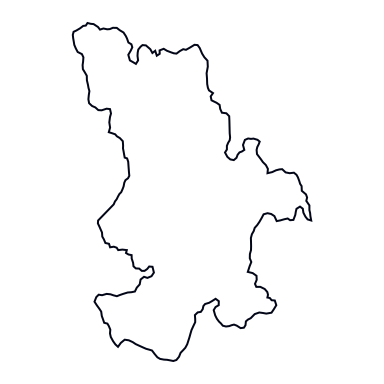 the district of Camacan, Bahia, Brazil
{"feature_id": "56859067B31300760989852", "entity_name": "Camacan", "entity_type": "district", "adm_level": 2, "iso_a3": "BRA", "parent_name": "Brazil", "parent_adm1": "Bahia", "projection": "robinson", "projection_center": [-39.517, -15.442], "detail": "fine", "context": "isolated", "style": "outline", "palette": "ink", "viewbox_px": 384, "rotation_deg": 0, "n_neighbors": 0, "source": "geoboundaries", "source_scale": "gbopen_adm2", "svg_char_len": 4276}
<svg xmlns="http://www.w3.org/2000/svg" viewBox="0 0 384 384"><path d="M128.4,42.5L127.0,38.5L125.8,36.0L123.5,32.5L119.7,30.2L116.8,27.9L112.9,27.8L109.8,29.1L107.2,29.3L103.4,28.5L100.0,29.6L98.0,27.0L93.6,24.1L90.7,23.8L87.5,23.0L85.8,25.6L83.2,25.9L80.1,28.3L76.4,30.5L73.6,31.8L72.8,34.9L73.2,38.4L73.7,41.2L74.3,44.9L75.8,48.4L77.7,52.0L81.9,54.1L83.4,57.3L83.1,61.6L82.6,65.1L82.9,69.2L84.8,72.3L86.8,75.8L86.9,80.3L88.0,85.0L88.5,87.9L89.4,91.1L88.8,95.1L88.4,99.3L89.1,103.2L92.1,106.0L95.3,107.4L98.3,110.1L101.7,110.3L106.6,108.7L110.0,109.1L111.0,113.5L110.0,117.0L109.3,122.4L110.1,127.6L108.8,132.2L112.0,133.2L115.2,134.3L116.9,136.3L119.9,138.1L122.8,141.2L123.1,145.6L123.0,148.4L123.6,151.5L124.1,154.4L124.7,157.6L127.1,158.4L128.2,161.7L128.6,167.4L129.0,172.6L129.3,175.8L128.0,178.3L125.5,180.1L124.3,182.7L123.6,186.4L122.5,189.3L121.2,192.2L119.4,194.0L118.0,196.5L116.7,199.2L115.0,201.4L113.7,204.4L98.1,220.5L97.9,223.4L99.5,226.8L100.8,229.8L102.0,232.5L102.3,236.6L103.9,239.4L105.4,243.0L109.0,243.8L110.1,247.3L113.8,246.7L116.7,247.7L118.2,250.1L122.4,249.6L126.8,250.1L126.0,253.0L128.5,254.5L131.6,255.1L131.7,258.6L133.1,262.8L133.5,266.3L135.8,268.4L139.2,268.6L141.8,270.9L144.5,270.9L147.2,269.0L149.2,266.5L152.5,266.8L153.9,272.6L151.5,276.2L147.4,277.9L144.0,276.8L140.6,279.5L139.7,284.4L136.8,287.6L134.9,291.5L131.5,292.2L127.7,292.5L123.1,293.9L119.6,295.1L116.9,296.2L113.4,295.3L110.5,294.3L106.6,293.9L102.1,295.2L98.7,294.7L96.3,297.1L94.5,301.7L96.9,305.4L99.3,308.7L101.2,311.6L101.8,316.0L102.9,319.0L104.2,322.8L107.4,323.6L108.8,326.0L110.3,329.6L110.0,333.5L110.8,337.0L113.1,341.2L115.4,344.4L118.0,346.8L120.8,342.9L124.7,339.7L128.8,340.3L132.7,342.1L135.7,344.1L138.5,345.4L142.7,347.3L146.1,348.8L149.0,349.6L152.0,350.5L154.8,354.2L157.4,357.3L160.1,358.9L163.9,359.6L167.1,359.8L170.3,360.4L173.3,361.0L176.4,360.0L179.0,356.8L180.6,352.8L183.2,350.1L185.3,347.8L187.2,344.3L188.1,341.5L189.4,337.5L190.4,333.9L191.5,330.1L193.7,325.3L195.2,322.2L195.2,319.0L194.9,315.1L197.7,312.4L200.8,311.9L202.7,309.2L203.4,306.0L205.1,304.0L209.1,302.8L212.0,301.1L215.6,298.8L218.8,301.2L218.7,305.2L215.6,307.0L213.7,310.1L215.2,315.4L216.9,318.8L219.0,321.6L220.9,323.4L222.8,325.7L226.0,326.5L229.2,326.1L231.6,325.2L234.0,324.6L236.7,325.6L240.6,328.1L243.9,327.7L245.5,325.2L245.9,321.4L247.9,319.6L250.7,318.2L254.7,314.1L259.3,312.5L263.0,313.0L266.3,313.6L271.5,312.7L273.8,309.3L276.3,305.2L274.8,300.5L271.6,300.2L269.8,298.0L267.4,297.5L268.0,294.8L267.3,292.0L264.7,289.0L260.4,286.9L256.3,286.9L255.0,283.9L256.7,279.8L256.5,275.8L252.7,273.1L247.8,271.9L249.6,266.3L251.3,262.0L249.8,258.3L249.9,254.0L251.0,250.1L251.1,246.2L251.0,241.3L250.9,238.0L251.9,234.2L253.7,231.1L254.7,227.9L257.2,225.1L259.4,221.9L261.6,218.1L263.6,214.3L267.5,213.2L271.2,214.0L274.4,216.1L276.7,221.1L280.3,220.4L284.1,219.3L287.7,218.5L290.1,220.2L293.4,219.9L295.3,214.9L295.8,211.7L296.5,208.8L300.0,206.6L302.8,208.7L303.4,212.7L305.4,216.6L307.6,219.4L311.2,220.5L310.4,216.1L310.1,213.0L309.4,210.1L309.4,205.4L306.3,200.9L307.1,197.5L306.0,194.4L301.8,190.8L301.6,186.1L300.1,183.8L299.3,181.1L297.9,177.3L296.5,174.8L293.9,172.7L289.7,173.2L285.6,172.4L282.2,169.2L279.5,169.4L276.0,170.3L272.2,172.1L267.5,173.2L267.9,168.9L265.9,165.1L262.9,162.1L260.8,159.1L259.2,157.0L257.0,154.1L256.6,149.9L257.3,147.0L258.7,144.3L259.7,141.6L257.5,139.8L253.5,138.6L251.0,138.9L248.1,138.5L244.9,139.9L243.0,145.0L244.3,149.9L241.9,151.5L239.5,152.4L237.6,154.8L236.5,157.8L233.8,160.1L230.3,159.4L227.4,156.9L225.0,152.5L226.9,149.5L226.9,145.8L228.2,142.7L229.7,140.3L230.1,137.4L229.7,133.3L229.4,120.9L229.2,116.2L226.4,113.3L221.9,112.7L220.2,108.9L219.6,104.9L216.6,102.8L211.5,100.3L210.7,96.4L213.0,93.1L209.0,90.4L207.9,87.8L207.2,84.1L207.0,78.4L206.6,73.2L207.8,66.7L207.5,60.7L204.4,57.3L202.1,53.6L199.7,48.0L197.6,45.1L194.5,44.8L189.6,47.8L186.0,49.8L183.2,49.2L179.8,51.1L176.5,53.6L173.8,53.3L171.2,52.4L167.0,50.8L163.7,48.8L159.6,50.4L159.7,53.8L156.8,55.7L155.2,50.8L152.4,53.0L150.3,49.2L145.9,45.4L142.5,45.1L140.6,46.7L138.3,49.5L137.7,52.6L137.5,55.9L138.1,60.4L135.9,63.9L133.1,62.2L129.9,60.4L128.3,54.8L130.7,50.7L132.3,47.3L131.4,44.3L128.4,42.5Z" fill="none" stroke="#020617" stroke-width="2"/></svg>